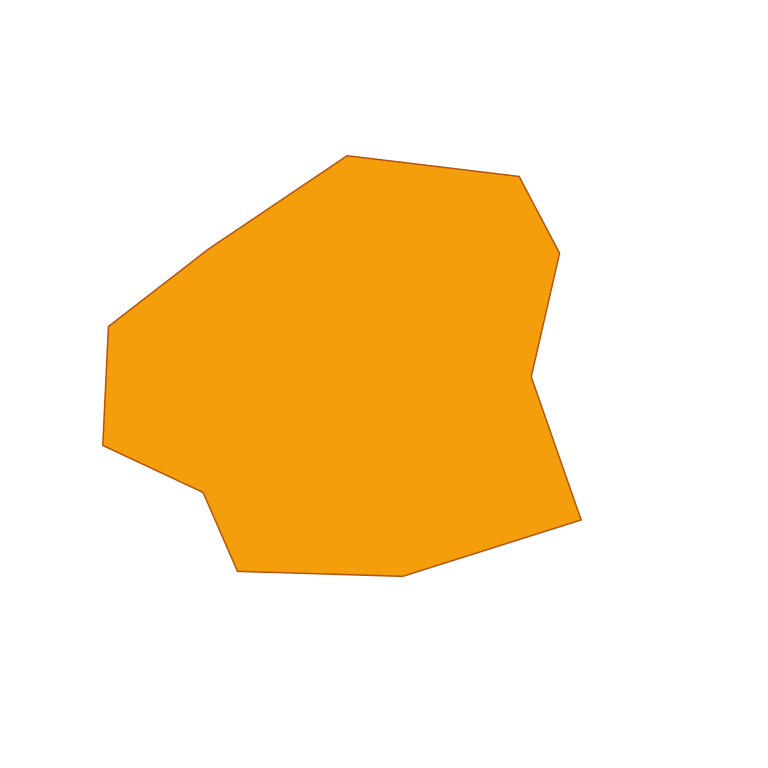 SVG path tracing the border of Tatabánya, rotated 315°
{"feature_id": "HUN-4906", "entity_name": "Tatabánya", "entity_type": "Urban county", "adm_level": 1, "iso_a3": "HUN", "parent_name": "Hungary", "parent_adm1": "", "projection": "natural_earth1", "projection_center": [18.448, 47.563], "detail": "fine", "context": "isolated", "style": "filled", "palette": "amber", "viewbox_px": 768, "rotation_deg": 315, "n_neighbors": 0, "source": "natural_earth", "source_scale": "10m", "svg_char_len": 315}
<svg xmlns="http://www.w3.org/2000/svg" viewBox="0 0 768 768"><g transform="rotate(315 384 384)"><path d="M600.6,415.7L493.2,483.0L427.3,619.5L261.2,533.2L147.9,412.9L179.4,332.8L141.7,228.6L229.8,148.5L355.7,164.5L519.3,196.5L626.3,332.8L600.6,415.7Z" fill="#f59e0b" stroke="#b45309" stroke-width="1.5"/></g></svg>